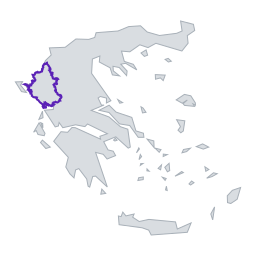 Ipeiroy, Ipeiros, Greece (highlighted)
{"feature_id": "26713481B784345685192", "entity_name": "Ipeiroy", "entity_type": "district", "adm_level": 2, "iso_a3": "GRC", "parent_name": "Greece", "parent_adm1": "Ipeiros", "projection": "robinson", "projection_center": [20.637, 39.661], "detail": "fine", "context": "in_parent", "style": "outline", "palette": "violet", "viewbox_px": 256, "rotation_deg": 0, "n_neighbors": 0, "source": "geoboundaries", "source_scale": "gbopen_adm2", "svg_char_len": 8302}
<svg xmlns="http://www.w3.org/2000/svg" viewBox="0 0 256 256"><path d="M180.6,21.0L193.4,24.3L194.7,30.5L187.3,35.6L188.1,43.2L181.9,51.0L155.9,43.3L148.0,47.6L139.8,44.8L129.8,51.8L121.5,51.1L124.3,61.4L133.3,64.3L136.8,69.9L125.6,63.3L120.8,64.2L127.1,71.0L126.6,75.6L119.2,67.5L113.0,66.3L113.3,70.9L119.6,75.9L112.4,74.9L110.1,67.8L99.3,62.0L99.9,56.0L92.4,59.0L91.6,73.4L110.9,100.7L106.4,103.0L106.5,98.1L100.3,96.5L98.1,98.0L99.4,100.8L101.5,105.2L104.1,105.0L91.2,110.4L109.1,117.0L120.4,126.7L127.8,129.2L130.3,147.1L128.2,148.1L115.8,136.8L103.7,141.7L108.0,149.9L113.2,151.2L115.6,155.6L107.1,159.0L103.2,154.3L95.6,152.4L107.3,187.0L95.6,176.1L92.7,176.5L89.7,187.1L88.1,186.2L86.7,179.0L78.8,168.6L75.6,169.9L74.0,177.9L69.9,173.9L65.8,167.0L68.3,157.3L53.7,141.3L61.0,131.7L67.6,132.3L72.0,127.5L75.3,127.7L100.6,139.2L99.9,136.3L107.4,133.7L87.5,124.0L84.9,126.6L75.6,124.8L62.8,127.7L59.1,122.5L58.4,126.0L55.2,126.9L44.4,110.2L53.3,109.5L53.5,105.3L44.7,106.0L32.3,95.9L24.5,83.8L30.9,84.7L34.4,80.8L32.6,75.2L41.5,70.9L45.4,60.6L51.2,55.0L49.4,47.9L65.2,47.3L75.9,39.0L88.7,39.4L94.7,37.5L96.1,32.7L118.0,31.0L128.7,26.6L140.5,25.8L147.2,32.0L159.5,35.5L176.7,33.3L182.1,31.0L180.6,21.0ZM125.9,215.9L134.1,214.0L132.7,217.2L139.2,221.5L148.9,219.4L175.5,221.9L177.3,229.0L191.1,222.9L187.3,232.3L151.2,235.0L148.7,230.1L142.2,227.8L119.1,224.7L118.4,216.0L121.1,216.6L122.8,212.1L125.9,215.9ZM109.1,105.2L116.1,112.1L131.8,117.4L135.9,130.9L143.4,133.2L143.9,137.3L138.2,137.3L129.7,125.5L119.5,123.9L109.0,112.5L99.1,110.3L109.1,105.2ZM190.8,95.8L195.3,102.8L195.5,105.2L193.0,103.9L194.6,106.4L184.5,105.4L183.1,103.7L187.3,100.0L182.2,103.2L176.2,99.9L184.4,94.4L190.8,95.8ZM230.8,203.5L227.5,202.6L227.3,195.8L232.4,190.3L240.6,187.5L237.2,199.2L230.8,203.5ZM183.3,131.0L180.8,132.8L178.0,130.2L180.5,126.7L176.6,119.7L184.8,120.8L183.3,131.0ZM39.1,122.8L45.0,133.4L44.2,135.7L38.0,134.5L36.2,130.5L33.6,132.2L39.1,122.8ZM26.5,92.5L21.5,91.6L15.4,81.9L22.6,81.7L20.5,85.1L26.5,92.5ZM165.2,75.1L163.2,80.6L160.4,77.9L155.5,79.2L155.3,74.6L165.2,75.1ZM202.6,143.9L208.7,147.1L203.3,149.1L196.3,146.6L202.6,143.9ZM147.6,55.2L144.4,56.4L141.0,53.0L146.1,49.9L147.6,55.2ZM42.4,140.1L50.3,147.1L45.8,148.5L40.5,142.5L42.4,140.1ZM169.7,170.6L167.4,171.8L164.8,167.3L169.1,163.3L169.7,170.6ZM153.8,140.9L154.1,147.6L147.1,139.1L153.8,140.9ZM214.6,206.9L212.7,219.9L210.8,214.0L214.6,206.9ZM43.0,117.7L38.9,119.4L42.5,111.2L43.0,117.7ZM105.7,193.4L100.8,194.2L101.8,189.1L105.7,193.4ZM206.7,178.2L213.5,172.8L217.2,173.7L212.0,176.6L206.7,178.2ZM182.0,152.8L183.5,149.5L190.4,148.2L186.6,151.6L182.0,152.8ZM161.5,164.9L160.6,169.8L158.1,168.4L161.5,164.9ZM161.0,149.6L159.2,152.3L155.0,148.1L161.0,149.6ZM146.0,112.3L142.5,112.9L141.0,106.8L143.1,108.1L146.0,112.3ZM171.3,61.2L168.4,62.0L165.1,59.4L168.2,58.4L171.3,61.2ZM143.3,177.0L143.2,179.6L137.9,180.5L138.7,177.7L143.3,177.0ZM183.4,172.6L175.0,176.2L181.7,171.5L183.4,172.6ZM139.4,149.0L136.5,152.8L138.8,147.9L139.4,149.0ZM167.3,154.6L163.2,156.5L163.3,154.1L167.3,154.6ZM194.0,182.7L190.6,185.0L189.0,183.9L191.6,181.0L194.0,182.7ZM208.9,169.5L205.8,171.3L204.9,166.8L208.9,169.5ZM141.6,156.6L139.0,159.6L140.3,154.5L141.6,156.6ZM42.7,123.6L42.9,127.8L40.7,122.7L42.7,123.6ZM166.2,178.5L165.1,180.4L162.3,177.2L166.2,178.5ZM122.6,102.6L119.7,103.2L117.8,99.6L122.6,102.6ZM117.1,140.2L114.9,141.0L113.6,140.1L115.3,138.2L117.1,140.2ZM143.0,163.5L140.3,165.4L140.7,163.6L143.0,163.5ZM166.4,186.2L167.2,190.5L165.5,189.9L166.4,186.2ZM149.2,171.2L146.9,170.8L147.0,168.9L149.2,171.2Z" fill="#d9dde1" stroke="#a8b0b8" stroke-width="1"/><path d="M44.6,63.6L44.3,63.8L44.1,64.1L44.3,64.5L44.0,64.7L43.6,64.8L43.4,65.3L43.0,65.7L42.8,66.2L42.9,66.4L43.2,66.6L43.2,67.3L43.3,67.5L42.8,68.3L42.4,68.4L42.1,68.7L42.0,69.3L42.5,69.8L42.2,70.1L42.0,70.6L42.1,71.2L42.0,71.5L41.4,71.7L40.6,71.8L40.1,72.3L39.4,72.5L38.7,72.6L37.8,71.9L37.4,72.5L37.2,72.5L36.8,72.5L36.5,72.2L36.2,72.3L35.5,72.6L35.1,73.0L35.2,73.4L35.1,73.8L34.8,74.1L34.9,74.3L34.7,74.7L34.4,74.8L34.2,74.9L32.6,74.8L32.8,75.3L33.2,75.8L33.5,76.2L33.3,77.0L33.8,77.3L34.1,77.8L34.5,78.1L34.4,78.3L34.6,78.7L35.3,79.6L35.2,79.8L35.3,80.4L35.0,80.7L34.4,81.4L34.2,81.3L33.5,80.8L32.5,80.4L32.0,80.7L32.5,81.5L32.4,81.7L32.1,81.9L32.1,82.1L32.5,82.7L32.8,82.9L32.8,83.1L32.6,83.3L32.3,83.6L31.9,83.7L31.7,84.0L31.4,84.2L31.3,84.9L30.8,84.6L30.5,84.5L30.5,84.8L30.2,85.2L30.4,85.6L29.5,85.8L28.4,85.5L27.7,85.4L27.0,84.9L26.8,84.6L26.6,84.7L26.2,84.4L25.5,84.3L25.3,84.1L24.7,84.3L25.0,84.4L25.0,84.6L25.0,84.4L24.9,84.4L24.9,84.6L25.2,84.7L26.1,84.6L26.2,84.9L26.7,85.0L27.1,85.3L27.0,85.2L26.8,85.2L27.1,85.6L27.3,85.3L28.1,85.9L28.7,86.0L29.2,86.4L29.3,86.5L29.3,87.0L28.9,87.5L28.6,87.5L29.0,87.9L28.7,88.5L28.4,88.8L28.0,89.5L28.4,89.5L28.6,89.4L28.3,89.5L28.8,89.2L29.1,89.5L29.1,89.3L29.2,89.5L29.5,89.6L29.7,89.8L28.9,89.8L29.0,90.0L29.3,89.8L30.1,89.9L30.6,89.8L31.3,90.1L31.4,90.4L31.2,90.9L30.5,90.6L30.0,90.7L31.0,91.5L31.7,91.9L31.6,92.1L30.3,92.2L30.0,92.1L30.3,92.5L30.6,93.2L30.5,93.5L31.2,93.7L31.7,94.2L31.6,94.7L31.8,95.0L32.0,95.6L31.9,95.9L32.3,96.2L33.1,96.9L33.3,97.1L33.5,97.2L34.4,97.3L34.7,97.2L35.7,97.6L35.7,97.4L35.9,97.3L36.2,97.6L36.5,97.7L36.5,97.4L36.9,97.5L36.7,97.9L36.8,98.4L36.8,98.6L36.9,99.4L38.3,100.2L39.9,102.3L41.0,103.2L41.3,103.2L41.5,103.4L42.6,104.5L42.9,105.0L43.0,105.5L43.0,106.1L42.9,106.2L42.7,106.2L42.6,106.3L43.3,107.8L43.7,108.0L44.1,107.8L44.1,107.4L44.1,107.2L44.2,106.7L44.1,107.0L44.9,107.1L45.1,107.3L45.8,107.7L46.0,107.5L46.0,107.2L45.8,107.1L45.5,107.1L45.3,106.8L44.7,106.4L43.8,106.0L43.7,105.8L43.7,105.7L44.1,105.6L44.3,105.0L44.6,104.9L45.0,104.4L45.4,104.3L45.7,104.4L45.9,104.6L45.7,104.3L45.3,104.2L44.8,104.3L44.9,103.9L45.3,103.7L44.5,103.6L45.0,103.3L45.0,103.2L44.8,103.1L44.5,103.1L44.5,102.9L44.8,103.1L45.1,103.2L45.2,102.9L44.9,102.8L45.0,102.9L45.1,102.7L45.4,103.0L45.6,102.9L45.2,102.7L45.4,102.5L45.5,102.7L45.8,102.8L46.3,103.2L46.3,103.3L46.1,103.6L45.9,103.8L45.6,103.7L45.6,103.8L45.8,103.9L46.2,103.8L46.3,104.0L46.9,104.2L46.7,104.8L46.8,104.9L46.7,105.0L46.9,105.2L47.2,105.1L46.9,104.9L47.0,104.4L47.4,104.3L47.7,104.4L47.5,103.9L48.6,104.3L49.1,104.1L48.8,104.3L48.8,104.7L48.9,105.3L49.5,105.0L49.8,105.4L50.0,105.6L51.0,106.0L51.5,106.2L51.8,106.1L51.3,105.7L51.5,105.7L51.8,105.9L52.2,105.9L51.6,105.6L51.9,105.3L52.0,105.2L51.9,105.1L52.2,105.0L52.4,105.5L52.4,105.2L52.3,104.8L52.5,104.5L53.1,104.6L52.9,104.7L53.3,104.8L53.2,104.5L52.9,104.3L53.0,104.2L52.7,103.7L52.8,103.6L53.3,103.5L52.9,103.0L53.5,102.5L53.5,102.4L53.8,102.3L54.2,102.4L54.6,102.2L55.1,102.2L55.4,101.9L55.7,102.3L55.9,102.4L56.2,102.1L56.5,102.1L57.5,102.5L58.0,102.2L58.8,101.6L58.8,101.1L60.1,100.7L59.9,100.5L59.9,100.3L59.6,100.2L59.5,99.9L59.5,99.5L59.9,99.1L60.0,98.8L60.3,98.7L60.4,98.4L60.6,98.4L60.7,98.2L61.1,97.9L61.5,97.2L61.5,96.9L61.2,96.7L61.2,96.2L61.1,95.8L60.8,95.8L60.9,95.7L60.7,95.5L60.8,95.3L60.6,95.2L60.2,94.9L58.9,94.9L58.6,94.8L58.4,94.9L58.0,94.7L57.9,94.6L57.5,94.3L57.4,94.1L57.6,93.7L57.5,93.3L57.3,93.2L57.0,92.8L56.7,92.5L56.3,92.4L55.6,91.6L55.5,91.2L56.0,91.0L56.0,90.4L55.5,90.5L55.1,90.4L55.3,89.9L55.7,89.7L55.7,89.4L55.5,88.6L55.5,88.0L55.2,87.1L55.2,86.9L55.1,86.7L54.4,86.7L54.4,86.4L54.3,86.2L54.4,85.7L54.1,85.5L53.6,85.0L53.5,84.7L54.1,84.4L54.2,84.1L54.5,84.0L54.6,83.6L55.2,83.7L55.4,83.6L55.5,83.5L55.9,83.8L56.3,83.8L56.3,84.0L56.5,84.2L56.9,84.1L57.0,83.8L56.8,83.6L56.8,83.3L56.5,83.0L56.2,83.1L56.5,82.3L56.3,82.0L56.2,81.5L56.3,81.3L56.3,80.8L56.3,80.6L56.6,80.8L56.9,80.7L56.8,80.4L57.1,80.2L57.3,79.7L57.2,79.2L57.5,79.1L57.9,79.2L58.1,79.1L57.5,78.4L57.1,78.5L56.9,78.3L56.6,78.2L56.4,78.1L56.0,78.1L55.5,78.4L55.1,78.4L54.6,79.0L54.2,78.8L53.7,78.8L53.0,78.4L52.9,78.4L52.9,78.0L52.6,77.7L52.7,77.4L52.5,77.0L52.6,76.6L52.4,76.2L52.0,75.9L51.7,75.6L51.7,75.4L51.6,75.2L51.1,74.9L51.3,74.5L51.9,74.8L52.2,74.6L52.5,74.1L52.4,73.9L52.4,73.5L52.6,72.8L52.3,72.6L51.7,72.5L51.3,72.7L50.6,72.8L50.1,71.9L50.2,71.6L50.1,71.4L49.7,71.0L49.7,70.8L49.3,70.4L49.6,70.3L49.8,70.0L50.5,69.7L50.5,69.4L50.3,69.3L50.3,68.6L49.9,68.5L50.2,68.2L49.9,67.7L49.6,67.5L49.3,66.7L48.8,66.4L48.8,65.9L48.3,65.2L47.7,64.7L47.2,64.1L47.1,63.4L47.0,62.7L46.7,62.8L46.6,63.0L46.4,63.2L46.3,63.8L45.6,64.0L45.0,63.8L44.6,63.6Z" fill="none" stroke="#5b21b6" stroke-width="2"/></svg>